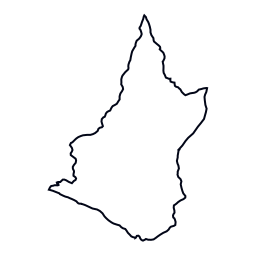 Upper Jloh, Grand Kru, Liberia (Albers equal-area conic projection)
{"feature_id": "62588387B65725534392235", "entity_name": "Upper Jloh", "entity_type": "district", "adm_level": 2, "iso_a3": "LBR", "parent_name": "Liberia", "parent_adm1": "Grand Kru", "projection": "albers", "projection_center": [-8.476, 4.828], "detail": "fine", "context": "isolated", "style": "outline", "palette": "ink", "viewbox_px": 256, "rotation_deg": 0, "n_neighbors": 0, "source": "geoboundaries", "source_scale": "gbopen_adm2", "svg_char_len": 3469}
<svg xmlns="http://www.w3.org/2000/svg" viewBox="0 0 256 256"><path d="M144.3,15.4L143.8,16.4L143.2,19.0L142.0,22.0L141.2,24.5L140.6,26.1L139.6,27.5L139.5,28.7L140.3,29.6L141.0,31.4L141.6,33.5L141.6,34.5L140.8,36.4L139.2,38.6L136.7,40.7L135.9,42.7L135.5,44.3L135.5,45.8L134.2,47.8L132.2,51.3L131.6,53.5L130.8,57.2L130.3,60.2L129.4,61.8L128.5,64.5L128.3,66.2L128.5,68.0L128.2,69.4L125.2,72.2L122.5,75.6L121.9,77.0L121.3,79.3L121.4,82.9L121.2,84.3L122.7,86.9L123.1,89.1L122.0,91.2L120.4,93.5L119.6,96.3L119.6,99.5L118.7,100.7L116.8,103.8L115.0,104.9L112.7,106.1L111.7,107.4L111.0,108.7L110.2,110.5L108.3,111.3L107.0,112.1L105.9,113.5L105.3,115.5L104.7,116.8L103.4,117.3L101.8,119.1L101.5,121.6L102.1,123.7L102.7,125.6L102.9,126.1L102.0,127.2L99.7,127.8L98.4,128.9L97.7,130.9L95.2,133.0L93.0,134.1L90.3,134.9L86.8,134.9L83.0,135.3L80.9,136.0L78.3,137.1L76.3,138.5L75.0,139.7L72.4,142.3L70.9,143.0L69.9,145.1L70.8,146.3L71.9,147.9L72.5,150.0L71.8,151.7L70.7,153.3L70.8,155.1L73.6,157.2L75.6,158.7L76.1,160.4L75.7,162.8L73.8,165.1L72.8,166.9L72.9,168.8L73.9,170.8L74.0,171.9L73.5,174.1L73.5,175.8L75.4,177.2L76.1,178.5L75.5,180.0L73.8,181.0L71.9,183.2L68.8,181.9L66.2,180.3L64.4,179.6L62.8,179.6L61.5,180.8L60.3,182.0L58.1,182.0L56.8,182.5L57.1,183.4L58.4,184.0L58.5,185.1L57.8,185.3L56.7,185.3L54.7,185.2L53.2,185.7L51.2,186.0L50.3,187.0L49.7,188.0L48.9,189.7L49.4,189.8L52.9,190.8L57.7,192.7L59.3,193.3L59.9,194.1L63.0,195.6L65.3,196.6L68.0,197.3L69.6,198.1L71.6,198.9L74.2,200.1L76.0,201.1L76.5,201.4L77.2,202.3L78.3,203.3L79.1,203.6L80.8,203.7L81.2,203.7L81.5,204.0L82.0,204.0L84.1,204.7L85.4,205.2L92.5,208.5L97.1,209.5L99.9,211.0L102.5,213.3L104.5,216.4L106.3,218.3L108.5,220.3L111.5,222.4L113.5,223.5L116.5,224.5L119.6,225.4L121.2,227.1L122.8,228.2L125.3,229.0L126.5,230.6L127.9,232.8L129.9,234.8L131.3,236.4L133.2,237.2L135.3,237.6L135.3,238.0L135.8,237.7L136.8,235.9L138.4,235.7L139.5,236.6L140.2,238.3L141.0,239.5L142.3,240.4L143.0,240.6L144.9,239.7L145.9,239.0L148.1,239.7L151.1,239.8L153.6,239.4L155.8,237.9L157.6,236.5L160.2,234.7L163.3,232.8L166.7,231.3L168.6,229.6L169.8,227.7L170.9,226.7L173.8,225.9L175.3,225.0L175.6,222.0L175.0,219.9L174.4,218.4L173.3,217.5L173.0,215.7L173.4,214.3L174.5,212.7L174.4,210.6L173.7,207.8L173.9,205.4L175.3,204.5L176.6,203.5L178.1,202.1L180.6,200.4L183.5,199.1L185.3,197.6L185.4,196.0L183.3,193.4L182.3,190.7L181.5,187.9L180.7,184.3L181.4,181.3L180.5,179.1L178.3,177.0L177.5,174.6L177.7,173.6L177.7,171.6L178.9,168.5L178.4,165.6L177.5,163.5L176.9,160.9L177.7,157.4L177.7,155.7L178.6,150.4L179.1,149.9L178.6,149.7L182.4,145.5L185.5,141.0L188.2,137.8L193.2,133.4L197.9,126.7L201.1,122.8L201.7,122.0L204.0,119.0L205.9,112.2L206.6,108.7L205.4,104.9L204.8,100.3L204.5,96.9L205.1,94.6L206.3,92.0L207.1,88.1L206.6,88.0L204.8,88.2L203.5,88.4L203.1,88.5L201.5,89.0L198.8,89.6L197.2,91.3L195.6,92.3L194.0,92.8L192.4,93.0L190.0,93.4L187.1,94.6L185.4,95.2L184.0,94.2L181.8,92.0L180.3,89.3L179.4,88.7L178.1,87.3L176.0,86.7L174.9,85.8L174.6,83.9L174.5,82.6L172.5,82.3L170.6,81.6L170.3,80.5L170.4,78.7L168.9,78.8L167.5,78.2L165.9,77.6L164.8,74.9L163.7,72.9L163.4,70.7L163.5,67.7L163.5,65.6L163.1,63.8L162.7,61.6L163.3,60.9L164.5,58.3L164.6,56.3L164.0,54.4L163.3,52.7L162.2,51.6L160.4,50.0L159.7,49.2L160.3,48.2L160.0,46.8L158.9,45.6L156.8,43.9L154.0,41.5L153.6,40.2L153.4,38.1L152.3,36.5L151.4,35.1L150.5,32.4L150.5,29.8L149.8,26.6L148.9,23.7L148.1,21.8L146.6,19.4L145.9,17.1L144.3,15.4Z" fill="none" stroke="#020617" stroke-width="2"/></svg>